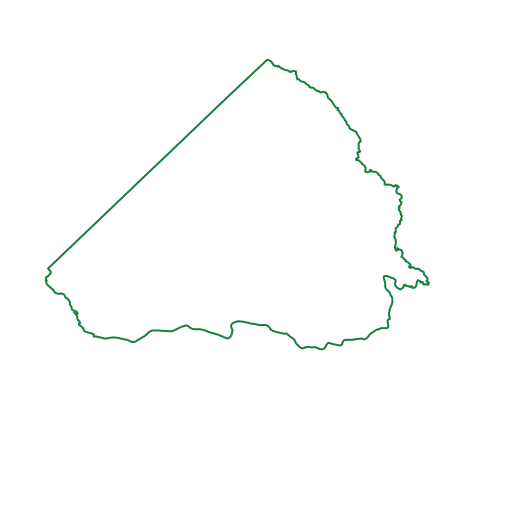 Novo Mundo, Mato Grosso, Brazil, rotated 311°
{"feature_id": "56859067B63599343869059", "entity_name": "Novo Mundo", "entity_type": "district", "adm_level": 2, "iso_a3": "BRA", "parent_name": "Brazil", "parent_adm1": "Mato Grosso", "projection": "robinson", "projection_center": [-55.354, -9.812], "detail": "fine", "context": "isolated", "style": "outline", "palette": "green", "viewbox_px": 512, "rotation_deg": 311, "n_neighbors": 0, "source": "geoboundaries", "source_scale": "gbopen_adm2", "svg_char_len": 6114}
<svg xmlns="http://www.w3.org/2000/svg" viewBox="0 0 512 512"><g transform="rotate(311 256 256)"><path d="M110.2,107.3L109.6,111.1L108.3,112.5L106.7,112.2L104.9,112.3L103.6,112.1L102.1,111.6L101.4,112.4L99.9,113.1L99.9,114.3L98.7,114.6L97.6,116.3L97.4,117.4L97.5,119.1L97.2,120.6L97.5,121.8L97.3,123.6L97.5,124.9L96.7,127.0L96.5,128.5L97.0,130.0L98.2,132.4L99.9,133.3L100.6,135.0L101.0,136.6L100.1,138.6L99.7,140.1L100.2,141.6L100.0,142.9L99.5,144.6L98.9,146.1L97.4,147.2L97.0,148.6L96.5,150.3L95.1,151.7L94.8,153.2L95.3,154.6L96.1,156.5L96.2,157.8L95.7,158.9L94.0,156.9L93.9,158.2L93.5,160.1L92.7,161.2L91.3,162.4L90.9,164.2L90.7,166.0L90.2,167.0L88.9,166.7L87.9,167.6L88.3,169.0L88.1,173.0L87.1,174.8L86.8,175.9L87.2,177.5L88.5,180.2L89.1,181.5L90.3,183.9L90.0,185.6L88.9,186.6L90.3,188.0L93.3,193.6L94.3,195.7L95.5,197.1L98.8,199.8L100.7,201.5L102.1,203.2L103.4,205.3L107.1,211.9L108.2,213.9L108.8,215.3L109.0,217.0L109.8,218.5L110.9,220.2L112.2,221.1L116.6,222.5L122.2,224.4L124.7,224.9L128.5,225.2L130.2,225.8L131.9,226.7L134.9,230.2L137.0,232.9L139.2,236.0L143.1,240.8L144.1,241.9L145.5,242.7L148.7,244.1L150.7,244.9L152.2,245.6L155.7,247.4L156.7,248.1L157.5,248.7L158.4,249.8L158.7,251.6L158.6,253.3L159.4,256.2L160.5,257.7L163.3,260.9L164.4,262.3L166.3,266.3L167.0,268.0L167.3,269.4L168.0,271.0L169.1,273.3L171.7,278.9L172.4,281.1L174.5,287.3L175.1,288.5L176.2,289.4L177.2,289.6L178.6,289.7L180.5,289.2L182.5,288.2L184.3,287.2L185.2,285.9L185.6,284.8L186.3,283.7L187.1,282.9L188.4,282.4L189.8,282.6L191.7,283.1L194.7,285.1L196.0,286.6L198.1,289.6L200.1,293.2L201.7,296.6L204.3,300.4L205.0,301.9L205.9,303.4L207.3,305.4L209.5,307.6L210.2,308.8L210.9,310.1L211.0,311.8L210.7,313.7L210.3,314.8L210.2,316.0L210.5,317.4L212.1,321.4L214.5,325.9L215.6,327.9L217.6,330.0L217.6,334.6L217.9,336.7L218.0,339.9L217.2,341.6L216.3,343.8L216.0,347.4L216.2,350.2L217.3,352.3L219.1,352.9L221.9,355.3L223.2,357.4L225.5,360.0L226.3,361.2L227.1,362.9L227.4,364.7L228.0,365.9L228.8,367.1L230.3,368.1L232.0,368.3L233.4,367.8L235.3,367.4L237.0,367.3L238.5,368.3L239.2,369.9L239.6,371.3L241.2,373.9L242.1,375.8L243.4,377.8L244.2,378.5L245.4,378.9L246.6,378.5L247.8,377.9L249.1,377.6L250.9,378.1L254.1,381.5L255.4,383.1L256.5,384.2L260.1,387.2L260.9,388.0L262.1,388.9L263.1,390.0L263.7,391.6L264.5,392.6L265.5,393.1L266.8,393.5L268.0,393.5L269.5,393.5L271.1,393.3L272.1,393.4L273.2,393.6L275.0,394.1L276.4,394.6L277.7,394.8L279.4,395.3L281.0,396.6L282.6,397.4L283.9,398.0L287.2,401.9L288.2,402.5L289.2,402.3L290.8,401.1L291.9,399.7L292.6,398.6L293.4,397.6L294.6,397.5L296.2,398.2L297.7,396.9L298.3,395.6L299.2,394.7L300.1,393.9L302.9,392.3L306.4,390.8L307.7,390.5L308.7,390.2L309.7,389.7L311.1,388.9L313.5,386.6L314.2,385.3L314.6,383.7L315.5,382.1L316.1,380.8L316.3,379.1L316.2,377.5L316.3,376.3L316.9,374.7L317.9,373.3L319.8,371.8L320.6,370.9L322.4,368.0L323.4,366.6L324.7,366.0L325.8,366.7L326.7,367.9L327.4,369.4L328.0,371.3L329.2,374.4L329.5,376.2L329.0,377.6L326.7,378.9L325.5,380.1L324.8,381.5L324.7,382.8L325.1,385.7L325.8,386.9L327.7,387.7L329.3,387.6L330.3,387.3L331.3,386.8L332.2,387.4L332.0,388.9L332.7,390.1L333.5,391.3L333.5,392.7L335.0,392.9L335.3,394.2L334.8,395.3L336.3,396.5L337.6,396.6L338.6,396.4L340.7,395.3L342.2,394.4L344.0,394.1L344.3,395.2L344.7,396.2L344.0,397.6L345.0,397.9L345.7,398.8L344.6,400.2L344.9,401.8L346.4,402.9L347.1,404.7L348.2,404.6L349.3,403.6L348.8,402.5L348.9,401.2L350.7,401.1L351.6,400.0L352.2,397.5L352.2,395.0L353.8,393.3L353.6,391.4L352.9,389.3L353.1,387.1L351.6,385.5L350.7,384.2L350.8,382.6L350.2,381.5L348.9,380.8L348.0,380.0L348.3,378.5L349.8,379.2L350.9,378.3L350.7,376.6L351.0,375.2L350.9,373.7L350.1,372.2L351.2,371.2L350.8,369.4L351.2,368.1L350.8,366.3L353.5,365.4L354.6,364.6L355.8,361.8L355.4,360.7L354.8,359.7L354.7,357.8L352.9,359.0L352.0,358.1L353.0,356.0L354.1,354.9L355.4,354.2L356.4,353.7L358.0,352.6L359.7,350.9L360.7,349.5L360.9,348.1L361.9,347.3L364.1,346.2L364.7,345.1L365.9,345.7L367.5,344.1L368.7,343.3L370.0,343.5L371.4,343.5L372.8,342.8L374.2,343.6L375.7,342.9L376.9,341.6L378.5,342.3L379.1,341.0L380.6,340.5L381.9,339.9L382.1,338.7L382.8,337.5L384.0,336.5L384.2,334.6L384.9,333.1L386.4,332.9L387.1,331.3L388.8,331.7L390.7,331.3L392.1,330.4L392.0,329.0L392.7,327.5L394.0,327.7L395.4,327.8L396.6,327.0L397.0,325.4L397.0,323.7L396.4,322.7L396.0,321.0L396.7,319.5L398.6,318.5L400.3,317.7L401.4,318.5L402.0,317.6L401.3,316.1L401.1,314.8L399.9,315.0L398.7,314.4L398.5,312.8L398.2,311.5L397.7,310.3L396.8,309.3L396.1,308.2L394.9,307.4L394.5,306.1L395.6,305.4L396.5,304.1L396.9,302.5L397.0,299.1L398.1,297.3L397.7,295.4L398.3,293.5L398.2,292.1L397.6,290.4L396.8,289.7L396.1,288.2L396.3,286.4L395.4,285.8L394.9,286.9L393.5,285.9L392.4,285.3L391.5,284.0L391.9,282.4L393.1,282.0L394.3,281.1L395.0,279.9L395.2,278.7L395.3,277.5L395.0,276.3L395.6,274.8L395.4,273.4L395.6,271.7L395.4,270.0L394.2,268.8L395.1,267.7L396.5,268.2L397.8,268.5L398.9,267.5L399.6,266.2L400.1,265.0L401.4,264.9L402.4,266.0L403.4,265.8L403.7,264.4L404.2,263.1L405.2,262.5L406.2,261.6L407.3,260.4L408.8,259.5L409.7,259.3L411.2,259.8L412.5,258.1L413.4,255.9L414.3,252.3L415.2,250.8L415.2,248.9L414.6,247.1L414.4,245.7L413.8,243.9L413.8,242.7L414.7,241.6L415.1,240.5L415.2,237.9L416.5,236.4L416.8,233.7L417.4,232.8L417.7,231.7L418.1,228.9L419.1,227.2L418.9,225.7L419.7,224.3L420.1,223.2L419.7,221.7L421.5,220.9L420.4,218.9L420.8,217.1L421.2,215.8L421.5,214.5L422.6,211.1L422.6,207.3L423.0,206.0L423.8,205.0L424.9,203.6L424.8,202.4L425.2,201.1L424.3,200.2L424.1,199.1L423.1,198.3L421.7,197.5L421.7,196.0L421.4,194.9L420.7,193.9L420.7,192.4L420.4,191.1L420.4,189.9L420.6,188.8L419.0,186.9L418.8,185.4L419.3,183.4L418.7,181.7L419.0,179.6L418.5,177.5L417.5,175.9L417.3,174.7L417.5,172.1L416.5,171.3L417.4,169.8L418.7,168.6L419.4,166.6L420.3,166.2L421.5,164.9L420.7,163.6L419.7,162.4L418.3,161.9L417.3,161.0L417.1,158.9L416.7,157.7L415.6,156.3L415.1,154.9L414.8,153.2L414.3,152.1L414.1,148.1L413.0,148.0L412.6,146.4L411.8,145.5L411.7,143.8L412.8,139.9L412.4,138.7L412.0,137.0L411.4,135.7L357.0,130.2L278.9,123.0L241.0,119.4L162.0,112.1L110.2,107.3Z" fill="none" stroke="#15803d" stroke-width="2"/></g></svg>